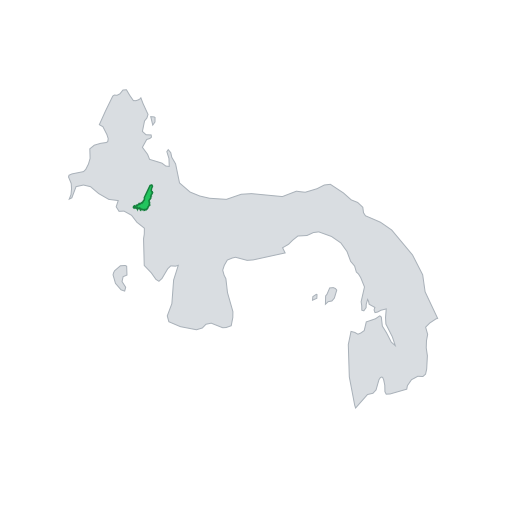 location of Mironó, Ngöbe Buglé, Panama, rotated 25°
{"feature_id": "35544464B14615778162617", "entity_name": "Mironó", "entity_type": "district", "adm_level": 2, "iso_a3": "PAN", "parent_name": "Panama", "parent_adm1": "Ngöbe Buglé", "projection": "natural_earth1", "projection_center": [-81.895, 8.486], "detail": "fine", "context": "in_parent", "style": "filled", "palette": "green", "viewbox_px": 512, "rotation_deg": 25, "n_neighbors": 0, "source": "geoboundaries", "source_scale": "gbopen_adm2", "svg_char_len": 6829}
<svg xmlns="http://www.w3.org/2000/svg" viewBox="0 0 512 512"><g transform="rotate(25 256 256)"><path d="M447.0,235.8L445.7,236.9L441.8,243.3L439.8,248.8L444.7,254.5L446.3,260.7L449.1,267.3L453.5,274.0L458.5,286.4L459.6,291.4L458.2,294.7L453.5,296.6L449.2,302.4L448.0,309.5L448.9,313.0L435.8,324.4L432.4,326.2L430.2,324.5L427.4,318.8L424.0,314.2L422.2,312.6L421.2,312.5L420.1,313.6L419.7,316.1L421.4,326.7L420.0,331.0L415.6,334.4L410.5,351.7L408.5,349.5L391.7,326.2L377.1,297.3L374.0,284.2L377.8,283.5L381.4,283.8L383.4,281.7L385.6,277.9L383.8,269.1L390.8,262.4L393.5,257.9L395.4,258.4L400.1,266.1L406.8,270.5L415.0,276.9L420.1,278.4L413.7,271.6L402.5,262.8L399.4,257.0L396.4,248.9L392.1,252.4L390.0,255.3L387.8,257.0L385.8,255.0L385.5,252.4L378.9,251.9L377.2,249.5L375.5,248.2L376.3,253.2L377.6,256.3L376.9,260.1L374.8,260.4L372.9,256.5L370.6,253.0L367.4,238.2L360.0,231.3L356.5,229.0L353.7,228.1L349.6,223.4L344.1,220.9L336.6,213.5L327.4,208.3L316.2,206.4L302.7,207.6L298.1,210.5L295.0,214.2L293.5,215.9L285.5,220.2L282.5,226.3L280.6,231.5L276.6,237.3L281.1,240.9L255.0,260.8L249.8,263.7L238.0,265.8L235.3,267.9L231.7,271.8L231.2,277.8L231.8,282.9L235.2,286.9L238.3,289.3L245.6,301.2L258.6,316.2L261.0,321.6L263.0,329.7L259.1,333.5L256.1,335.1L243.8,335.8L239.5,339.0L237.8,343.9L233.2,348.0L217.3,352.0L204.8,352.4L200.9,347.8L199.9,334.8L191.5,312.6L189.5,297.3L187.4,299.2L182.9,301.0L181.4,304.8L180.3,316.1L178.7,319.9L175.2,319.5L168.2,315.5L158.7,311.8L146.8,287.9L145.5,283.4L143.1,278.0L133.9,275.8L126.0,271.7L117.4,271.1L113.0,273.4L108.5,270.5L107.7,264.0L98.6,266.9L87.0,265.9L76.7,263.1L69.6,264.6L63.6,269.2L64.5,281.1L62.7,283.4L62.4,278.6L60.4,273.0L57.9,268.4L52.7,263.6L52.4,261.8L54.5,259.4L64.0,252.4L65.1,249.5L65.3,243.4L64.4,237.7L60.1,229.1L62.6,223.9L67.5,219.6L72.5,216.3L73.3,214.9L72.4,212.0L69.5,208.9L62.6,203.5L58.5,203.2L58.3,187.9L58.6,171.6L59.6,170.0L62.1,169.1L64.1,166.6L65.3,161.8L68.3,160.1L73.7,163.8L79.2,167.0L81.5,166.0L83.2,164.4L84.4,162.8L84.8,161.3L89.2,165.6L98.3,173.3L98.8,177.1L97.9,180.7L100.4,191.1L105.1,192.6L109.8,190.6L111.0,192.5L110.1,194.4L107.7,196.6L107.1,205.5L114.8,209.7L118.7,213.4L131.5,211.6L136.2,212.6L139.5,211.5L135.9,204.4L131.1,199.1L131.5,196.7L135.1,198.4L137.9,202.1L144.2,206.5L155.8,222.1L169.2,225.9L179.7,225.4L189.5,223.3L205.2,217.2L216.5,206.3L225.5,201.4L254.8,191.0L265.2,180.2L269.6,178.8L273.7,177.4L282.9,169.2L287.9,162.8L293.1,159.6L308.6,161.9L318.6,164.9L325.5,164.5L332.2,166.7L335.1,171.3L338.2,173.3L354.5,172.8L368.0,175.1L397.4,188.9L415.0,202.6L424.4,217.0L447.0,235.8ZM151.8,343.3L148.0,343.7L140.2,340.2L134.4,333.5L134.0,331.3L134.1,329.1L137.2,322.2L141.4,319.9L143.1,319.9L147.1,327.8L144.3,330.9L145.4,335.8L151.1,339.4L151.8,343.3ZM340.7,266.9L339.3,270.4L336.0,262.7L336.5,260.7L336.3,253.8L339.4,252.0L341.7,251.9L343.6,252.8L344.8,261.0L343.8,264.7L340.7,266.9ZM107.8,177.2L107.1,181.0L101.7,174.2L104.9,173.0L106.0,173.2L107.8,177.2ZM329.0,268.6L325.9,272.2L324.7,268.8L326.9,265.2L327.6,265.2L329.0,268.6Z" fill="#d9dde1" stroke="#a8b0b8" stroke-width="1"/><path d="M135.8,261.3L136.1,261.0L136.1,260.9L136.4,260.7L136.6,260.7L136.8,260.7L136.8,260.3L136.7,260.2L136.9,259.8L137.2,259.8L137.3,259.7L137.2,259.5L137.2,259.4L137.4,259.3L137.4,259.2L137.5,258.8L137.4,258.8L137.4,258.7L137.6,258.4L137.5,258.2L137.6,257.9L137.5,257.7L137.4,257.4L137.4,257.2L137.5,257.1L137.4,256.9L137.5,256.8L137.5,256.6L137.7,256.2L137.8,255.6L137.7,255.4L137.9,255.1L137.6,255.1L137.5,254.9L137.7,254.7L137.8,254.2L137.6,254.0L137.4,253.9L137.4,253.7L137.2,253.5L137.2,253.3L137.1,253.2L137.0,252.8L137.0,252.7L136.9,252.7L136.7,252.6L136.5,252.4L136.5,252.2L136.4,252.2L136.2,252.1L136.2,251.9L136.1,251.7L135.9,251.4L135.8,251.1L135.6,251.1L135.6,250.9L135.7,250.7L135.7,250.3L135.7,250.1L135.7,249.8L135.7,249.6L135.9,249.5L135.9,249.4L135.9,249.2L136.0,249.1L136.0,248.9L136.1,248.6L136.2,248.1L136.0,247.8L136.0,247.7L135.9,247.5L135.9,247.4L135.9,247.2L135.7,247.0L135.6,246.9L135.5,246.7L135.4,246.6L135.5,246.4L135.6,246.2L135.4,246.2L135.3,245.9L135.3,245.7L135.3,245.1L135.2,244.8L135.2,244.7L135.3,244.4L135.4,244.0L135.4,243.8L135.5,243.7L135.5,243.1L135.5,242.9L135.5,242.6L135.5,242.4L135.2,242.4L134.9,242.2L134.9,241.8L134.8,241.6L134.7,241.6L133.9,241.4L133.6,241.3L133.5,241.1L133.3,240.8L133.2,240.5L133.0,239.4L132.8,238.8L132.7,238.6L132.7,238.0L132.8,237.4L132.8,237.1L132.8,236.9L132.7,236.7L132.5,236.3L132.3,236.2L131.9,236.0L131.8,235.8L131.7,235.7L131.4,235.7L131.3,235.8L131.2,235.9L130.9,236.2L130.7,236.3L130.5,236.6L130.3,237.1L130.2,237.1L130.1,250.3L130.5,250.9L130.6,251.1L130.8,251.3L130.8,251.6L130.8,251.8L130.8,252.0L131.1,252.4L131.1,252.5L131.0,252.9L130.9,253.0L130.6,253.6L130.7,253.8L130.7,254.0L130.8,254.4L130.7,254.5L130.8,254.6L130.7,254.8L130.5,255.1L130.4,255.1L130.3,255.3L130.3,255.5L130.2,255.4L130.1,255.5L129.9,255.8L130.1,256.1L129.7,256.6L129.6,256.9L129.5,257.0L129.3,257.0L129.2,257.3L128.9,257.2L128.7,257.3L128.9,257.6L128.7,257.7L128.7,258.0L128.5,257.9L128.4,257.9L128.3,258.3L128.1,258.4L127.9,258.3L127.9,258.6L127.7,258.7L127.6,258.8L127.5,259.1L127.4,259.3L127.5,259.4L127.5,259.5L127.4,259.8L127.3,260.0L127.0,260.1L126.8,260.2L126.7,260.3L126.8,260.4L126.8,260.5L126.5,260.5L126.4,260.5L126.5,260.7L126.5,260.8L126.4,260.8L126.3,261.0L126.2,261.3L126.0,261.8L125.9,261.9L125.7,261.8L125.5,262.0L125.3,262.0L125.2,262.0L125.0,261.8L124.9,261.8L124.9,262.0L125.0,262.0L124.8,262.1L124.6,261.9L124.5,262.0L124.5,262.3L124.7,262.2L124.8,262.2L124.9,262.3L125.0,262.4L124.9,262.5L125.0,262.7L125.1,262.8L125.2,263.2L125.2,263.3L125.1,263.2L124.9,263.1L124.7,263.1L124.4,263.0L124.4,262.9L124.3,263.0L124.2,263.0L124.2,263.3L124.2,263.5L124.3,263.6L124.8,263.8L124.7,263.5L125.1,263.4L125.1,263.8L125.3,263.7L125.4,263.8L125.5,263.7L125.4,263.7L125.5,263.6L125.4,263.6L125.5,263.4L125.5,263.2L125.7,262.9L125.9,262.9L126.0,263.3L126.6,263.2L127.0,263.0L126.9,263.4L127.0,263.4L127.3,263.2L127.2,262.9L127.5,262.7L127.9,262.2L128.0,262.3L127.8,262.6L128.1,262.9L128.6,262.9L128.6,263.0L128.7,263.4L128.5,263.2L128.4,263.1L128.4,263.4L128.2,263.5L128.3,263.6L128.6,263.6L128.8,263.5L128.8,263.4L128.9,263.1L128.8,262.8L128.8,262.7L128.7,262.4L129.0,262.4L129.3,262.5L129.5,262.6L129.6,262.4L129.7,262.2L130.0,261.8L130.2,262.0L130.3,262.0L130.5,261.9L130.7,261.7L130.8,261.7L130.8,261.9L131.0,261.9L131.1,262.0L131.4,262.4L131.3,262.6L131.1,262.5L131.3,262.9L131.9,263.1L131.8,262.8L131.8,262.7L132.0,262.5L132.1,262.8L132.2,262.7L132.2,262.4L132.1,262.2L132.3,262.1L132.3,261.9L132.8,261.5L132.7,261.7L132.8,261.9L133.1,261.8L133.1,262.1L133.5,262.1L133.6,261.9L134.0,261.8L134.0,261.6L134.7,261.6L134.8,261.6L135.5,261.6L135.4,261.3L135.5,260.9L135.4,260.9L135.5,260.8L135.7,261.0L135.8,261.2L135.8,261.3Z" fill="#22c55e" stroke="#15803d" stroke-width="1.5"/></g></svg>